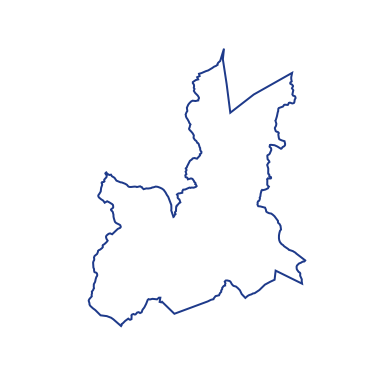 the district of Hueytlalpan, Puebla, Mexico, rotated 340°
{"feature_id": "50627088B78446998147057", "entity_name": "Hueytlalpan", "entity_type": "district", "adm_level": 2, "iso_a3": "MEX", "parent_name": "Mexico", "parent_adm1": "Puebla", "projection": "mercator", "projection_center": [-97.68, 20.051], "detail": "fine", "context": "isolated", "style": "outline", "palette": "blue", "viewbox_px": 384, "rotation_deg": 340, "n_neighbors": 0, "source": "geoboundaries", "source_scale": "gbopen_adm2", "svg_char_len": 6069}
<svg xmlns="http://www.w3.org/2000/svg" viewBox="0 0 384 384"><g transform="rotate(340 192 192)"><path d="M271.1,68.2L263.3,78.5L260.8,79.5L259.6,80.6L259.6,81.2L257.7,81.7L255.6,81.8L253.5,82.4L248.8,83.3L246.5,83.2L241.5,83.5L239.0,83.3L238.8,85.7L236.1,85.9L236.3,88.3L233.8,88.1L230.4,89.0L230.0,90.0L230.5,91.6L230.2,93.2L229.3,94.7L229.6,96.0L228.3,97.6L228.8,99.9L230.4,103.4L230.8,105.6L230.5,106.5L229.5,107.3L229.2,108.1L226.4,107.7L223.8,106.4L222.2,106.6L220.2,107.5L218.4,108.6L216.0,111.1L215.3,114.3L214.0,115.3L212.5,117.0L212.5,117.8L212.2,118.6L212.2,120.2L212.7,122.1L213.1,124.8L213.1,126.2L213.7,128.0L212.9,128.8L212.0,130.3L211.0,131.3L210.8,132.0L211.1,133.1L211.8,134.6L212.7,137.0L213.1,139.4L212.0,141.6L212.5,144.0L213.5,145.6L213.8,147.7L214.3,148.0L214.7,149.2L214.5,152.6L214.7,153.4L214.2,155.0L214.2,156.4L214.6,157.6L213.9,158.8L212.3,159.2L212.2,160.1L211.9,160.4L208.1,162.4L205.9,160.9L205.2,160.8L204.1,160.7L202.9,161.4L200.7,162.0L196.1,166.3L195.5,167.1L194.3,167.6L194.1,167.9L194.4,168.4L194.4,169.3L194.1,169.9L193.0,170.6L192.8,173.4L191.7,173.8L191.4,174.1L191.1,175.9L192.5,177.0L192.5,178.7L195.7,178.9L196.9,179.8L197.6,182.3L197.6,183.4L198.2,184.3L198.3,184.9L197.8,185.6L198.1,185.8L198.4,188.0L197.4,188.5L195.1,188.5L193.2,187.7L191.9,187.6L191.5,187.1L190.8,187.0L186.5,187.3L184.5,186.8L183.3,187.8L182.6,189.4L179.7,189.0L178.7,188.7L177.0,189.2L177.3,190.8L176.7,192.0L176.6,192.9L177.6,194.8L177.5,197.8L175.7,198.2L174.6,199.0L172.9,199.6L172.7,200.3L172.1,200.5L171.8,201.1L170.4,204.5L169.6,204.8L168.9,205.6L168.8,206.1L169.0,207.1L168.1,207.5L166.5,209.0L166.0,209.1L166.2,202.1L166.8,201.0L168.1,197.1L168.0,188.4L167.4,186.2L167.0,183.4L166.1,180.3L164.9,178.5L163.3,176.9L161.5,175.4L159.8,174.5L157.3,174.4L156.1,174.1L155.5,174.3L154.2,174.2L151.9,173.7L150.3,173.0L147.5,172.8L146.6,171.0L146.5,170.2L146.0,169.9L145.2,168.9L141.9,168.5L141.1,167.8L139.6,167.2L136.3,166.4L134.7,165.7L134.0,164.9L133.3,163.0L132.1,161.5L129.3,159.0L128.2,158.5L124.9,155.5L124.0,152.1L122.1,149.7L121.8,148.0L120.1,147.7L118.5,145.7L118.2,144.3L117.5,144.4L116.9,145.0L117.5,147.5L116.7,148.8L113.9,150.3L113.5,150.8L113.4,152.0L112.4,152.4L111.0,152.0L110.6,152.7L110.2,152.7L110.1,154.5L108.0,157.1L106.4,160.3L104.5,161.9L103.4,162.6L102.7,163.3L102.5,164.2L102.7,165.3L104.0,167.6L105.6,169.7L106.3,172.2L109.1,171.7L110.8,173.5L112.9,176.2L113.3,177.3L112.8,179.3L112.4,179.8L109.9,180.7L109.8,181.1L109.9,181.8L110.4,182.7L110.7,183.7L110.4,186.6L109.9,187.9L109.6,189.7L109.4,193.2L109.5,194.0L110.2,195.3L112.8,198.0L113.2,198.7L113.2,200.2L112.8,200.8L112.2,201.1L109.6,201.3L102.5,204.4L100.9,202.9L100.1,202.8L99.2,202.8L97.0,203.6L96.3,204.1L95.8,204.8L95.6,206.6L96.1,208.9L94.5,209.9L91.9,211.0L90.1,211.4L89.7,211.8L89.4,213.2L88.4,213.9L86.0,214.7L84.5,214.8L83.6,215.2L83.1,216.1L81.7,217.7L78.6,218.8L77.5,220.0L77.2,221.6L76.6,222.7L75.7,223.4L74.9,224.6L73.5,229.3L73.6,230.8L73.0,232.8L73.0,234.0L74.5,235.2L74.8,236.2L74.6,237.6L74.0,238.5L73.0,239.2L71.7,240.9L70.3,243.2L68.2,245.1L67.2,247.6L67.0,248.9L66.3,249.4L65.8,250.1L63.8,251.4L63.5,252.8L62.5,254.3L62.1,255.8L59.1,257.4L57.9,258.5L57.7,259.2L57.6,261.3L57.2,262.8L57.5,264.3L59.1,267.4L60.7,269.8L63.9,276.6L69.5,279.5L73.0,282.5L74.6,284.8L79.5,293.7L80.3,293.1L80.8,292.0L81.9,291.8L85.1,290.3L88.8,289.2L89.4,290.2L90.1,290.9L91.6,290.8L92.6,288.5L92.9,287.2L93.6,286.7L95.2,286.6L96.2,287.5L97.1,287.7L99.3,286.5L100.8,286.7L101.8,288.0L103.5,287.8L105.3,285.7L107.7,284.2L110.7,281.4L113.4,278.3L114.5,277.8L115.7,278.6L118.4,278.9L122.4,280.9L124.9,280.0L126.1,280.5L124.0,284.2L125.4,285.2L126.3,284.9L133.8,300.4L169.4,300.2L173.0,299.8L175.5,300.1L175.8,299.6L178.5,297.9L182.1,298.3L183.6,296.7L185.3,295.8L185.8,294.5L187.1,293.6L187.6,292.4L189.5,291.2L191.1,291.2L191.1,290.6L192.2,289.3L192.1,287.4L193.4,286.7L194.9,287.2L196.9,288.5L197.5,289.6L197.9,292.2L198.5,293.7L198.9,294.4L201.0,295.9L202.2,298.0L203.4,300.7L203.8,304.9L205.9,309.8L208.8,308.7L210.6,308.4L213.0,308.5L214.4,308.2L216.3,308.5L221.7,307.2L228.8,304.0L234.9,303.1L239.6,302.7L243.7,294.5L264.1,315.8L264.6,313.3L265.3,311.6L265.0,307.7L265.9,305.5L265.7,304.6L264.9,303.6L264.2,301.2L264.1,300.1L264.7,298.0L265.5,297.0L268.0,295.8L270.2,295.7L272.2,295.3L273.4,295.7L274.3,295.5L275.0,295.0L268.8,285.3L268.5,284.5L266.5,282.0L263.2,279.4L263.1,278.8L260.0,274.5L259.4,273.0L258.3,271.5L257.5,269.0L257.5,267.1L257.9,265.1L258.9,262.5L260.1,260.4L261.4,258.6L262.8,257.7L263.6,254.1L263.3,252.0L262.5,250.7L262.5,249.6L262.9,248.6L261.2,242.9L260.1,240.9L259.1,239.4L257.2,238.3L255.7,236.8L255.1,235.8L255.4,233.8L255.3,231.7L251.4,229.0L249.4,228.0L249.2,226.2L249.8,225.3L250.0,224.4L250.8,223.4L252.2,223.1L253.1,222.1L253.6,221.4L253.6,220.6L254.7,219.5L255.8,217.3L257.7,214.5L258.6,214.0L259.1,214.5L261.9,214.8L264.6,214.5L266.1,213.2L265.5,212.3L265.2,210.9L266.9,206.4L266.9,205.7L268.0,205.1L268.8,205.6L270.6,206.2L271.1,205.9L271.3,205.2L271.1,204.7L270.0,203.7L270.5,202.2L270.5,201.8L269.9,201.0L270.0,200.5L271.7,196.0L271.9,192.3L273.5,190.9L275.0,190.3L275.1,189.5L274.3,187.0L275.1,183.8L275.6,183.3L277.4,183.0L278.2,182.5L280.9,179.6L281.3,177.9L280.4,176.0L281.3,174.5L282.2,174.6L285.6,176.3L287.8,178.5L290.4,181.8L291.0,181.8L292.5,180.8L294.4,180.5L295.5,179.7L296.0,178.5L296.3,175.9L294.0,174.2L292.1,172.3L292.1,170.8L292.7,167.9L293.0,167.0L293.7,166.4L293.7,165.9L293.1,164.8L292.1,164.3L291.5,163.4L291.6,160.7L291.8,160.1L293.6,158.5L294.6,156.8L294.8,153.4L295.3,153.1L297.7,149.9L299.9,146.3L300.5,145.7L301.6,143.3L302.3,142.8L306.7,142.8L308.3,141.7L308.7,141.7L309.1,141.7L311.7,142.9L312.0,142.9L313.5,141.4L314.6,141.5L316.4,143.0L316.9,143.2L318.2,143.2L318.9,142.6L320.1,140.4L321.5,139.1L321.6,137.8L321.5,137.3L319.9,135.9L319.7,134.6L322.0,131.0L321.4,128.7L323.1,127.2L323.2,126.7L322.8,125.4L321.5,124.0L321.5,123.3L322.0,122.7L323.5,122.2L323.9,119.8L324.5,118.1L326.8,114.3L283.4,121.5L255.1,130.6L261.5,102.3L266.4,77.8L271.1,68.2Z" fill="none" stroke="#1e3a8a" stroke-width="2"/></g></svg>